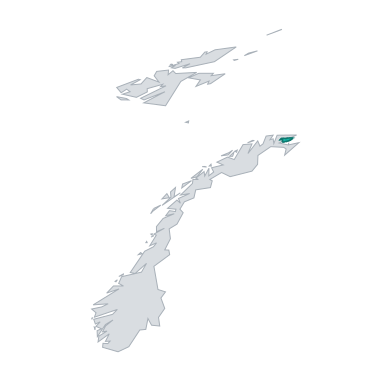 location of Vadsø nor, Finnmark, Norway, rotated 342°
{"feature_id": "86288312B60394141718177", "entity_name": "Vadsø nor", "entity_type": "district", "adm_level": 2, "iso_a3": "NOR", "parent_name": "Norway", "parent_adm1": "Finnmark", "projection": "robinson", "projection_center": [29.594, 70.269], "detail": "fine", "context": "in_parent", "style": "filled", "palette": "teal", "viewbox_px": 384, "rotation_deg": 342, "n_neighbors": 0, "source": "geoboundaries", "source_scale": "gbopen_adm2", "svg_char_len": 5196}
<svg xmlns="http://www.w3.org/2000/svg" viewBox="0 0 384 384"><g transform="rotate(342 192 192)"><path d="M226.2,182.6L212.8,185.6L214.7,187.6L210.9,193.5L196.2,191.1L192.0,198.2L181.7,199.0L175.2,204.6L177.2,209.0L167.8,217.9L158.9,220.0L157.0,229.8L148.2,238.6L152.0,240.1L151.4,244.7L132.8,250.9L129.5,274.2L135.9,278.8L129.7,283.2L130.1,294.3L121.4,300.9L119.9,309.5L112.4,306.2L111.0,298.7L105.6,308.4L99.7,307.1L84.1,319.6L72.3,321.1L59.0,312.1L60.6,308.4L65.1,310.2L68.0,308.5L63.5,307.3L69.5,301.3L56.3,305.6L58.9,300.3L68.2,298.0L63.6,297.4L68.4,292.7L77.3,289.3L68.7,291.3L57.3,300.3L58.9,294.6L63.7,294.1L59.1,290.1L64.6,287.1L59.3,287.7L59.2,282.7L78.7,283.8L84.7,280.6L60.5,280.9L63.4,277.2L60.4,272.3L70.6,273.4L77.7,272.4L63.1,268.8L92.6,261.6L79.6,261.8L88.3,257.1L97.8,260.2L94.0,256.3L98.9,250.8L119.2,252.6L126.7,245.8L112.7,251.9L108.4,249.5L128.7,233.7L138.4,232.2L142.6,229.4L135.2,230.1L144.7,222.0L142.7,220.3L154.5,218.0L146.0,218.8L147.5,213.9L156.4,208.2L168.4,207.2L159.7,206.4L164.8,202.8L170.2,205.5L171.4,203.4L163.7,200.0L175.2,195.0L177.5,199.1L177.1,194.0L189.3,192.7L180.1,191.4L195.1,184.0L196.8,180.3L201.9,182.1L200.0,180.0L209.8,176.3L209.0,180.8L215.5,174.6L213.0,181.8L218.8,179.7L218.1,175.0L230.0,175.9L224.9,171.3L236.6,169.8L242.2,174.2L255.2,162.7L263.9,164.8L257.1,172.7L270.3,163.7L270.8,169.4L274.4,168.2L279.8,161.7L286.7,163.0L282.3,166.4L285.6,166.5L284.8,171.2L290.5,164.3L309.1,170.1L290.0,172.3L298.0,177.0L308.9,178.1L291.5,185.6L294.8,180.2L293.1,177.9L280.9,173.2L266.0,177.6L262.9,186.0L255.5,190.7L233.0,189.2L226.2,182.6ZM195.7,66.4L207.4,68.8L205.5,73.1L211.4,70.8L213.1,74.3L233.4,79.7L215.5,83.4L193.5,101.8L173.6,92.3L197.3,88.3L174.8,89.6L172.1,87.0L200.1,83.0L194.6,82.1L197.5,80.5L181.3,79.9L180.4,83.0L168.4,84.8L156.1,77.5L164.1,77.5L161.6,74.0L155.3,75.7L152.7,69.3L175.9,68.2L177.4,69.2L166.6,71.2L176.9,73.5L184.4,69.2L194.6,77.3L191.9,69.8L195.7,66.4ZM222.7,62.9L241.6,66.4L247.4,62.9L249.7,63.3L248.0,65.3L257.9,63.9L278.9,67.7L253.6,75.0L224.5,72.0L221.2,71.0L229.8,69.4L214.1,69.2L210.8,67.5L215.5,66.5L208.5,65.6L219.3,65.8L218.3,64.1L222.5,64.9L222.7,62.9ZM235.0,81.2L249.0,85.7L246.2,87.3L260.1,89.8L243.1,94.7L240.2,94.3L242.4,91.8L228.4,92.8L234.6,88.0L224.1,82.4L235.0,81.2ZM173.4,191.1L180.7,189.2L159.4,195.5L170.4,190.4L171.6,185.3L177.7,182.6L173.4,191.1ZM185.5,181.5L195.1,181.1L183.5,185.0L185.5,181.5ZM195.2,178.7L209.3,173.7L201.6,179.0L195.2,178.7ZM149.7,78.0L158.5,82.8L160.3,84.9L153.0,82.5L149.7,78.0ZM167.6,185.8L168.7,190.4L161.3,189.3L167.6,185.8ZM243.5,164.8L238.0,167.9L230.8,166.6L239.3,166.0L243.5,164.8ZM244.3,167.0L241.7,170.6L238.7,169.6L244.3,167.0ZM150.8,195.8L158.3,194.8L149.9,197.8L150.8,195.8ZM327.2,65.2L311.4,65.9L327.7,65.0L327.2,65.2ZM288.7,77.4L297.9,78.0L283.9,78.5L288.7,77.4ZM260.0,162.4L265.5,161.6L267.2,162.3L260.0,162.4ZM248.0,166.1L246.7,168.0L245.4,166.4L248.0,166.1ZM218.7,171.4L218.4,173.3L216.4,172.6L218.7,171.4ZM210.8,123.4L209.9,125.2L207.5,123.7L210.8,123.4ZM277.0,80.1L272.8,79.9L272.4,79.2L277.0,80.1ZM124.4,233.7L125.6,235.4L121.6,235.0L124.4,233.7ZM209.5,171.0L212.2,171.7L213.6,172.8L209.5,171.0ZM211.6,63.9L213.3,64.8L210.6,64.4L211.6,63.9ZM101.1,249.5L96.3,249.7L101.4,248.7L101.1,249.5ZM93.9,252.4L91.9,253.9L91.2,253.2L93.9,252.4ZM148.6,198.3L145.9,199.9L149.0,197.1L148.6,198.3ZM58.1,290.8L57.1,293.2L57.3,290.1L58.1,290.8ZM140.7,220.7L139.8,219.3L141.3,219.4L140.7,220.7ZM299.2,175.1L298.6,176.7L298.4,176.4L299.2,175.1ZM141.8,221.9L139.1,222.2L142.4,221.6L141.8,221.9ZM133.6,225.0L133.7,226.3L132.5,225.9L133.6,225.0ZM58.7,280.7L57.3,282.2L57.8,281.0L58.7,280.7Z" fill="#d9dde1" stroke="#a8b0b8" stroke-width="1"/><path d="M301.3,170.6L300.6,170.5L300.1,170.4L299.5,170.3L298.9,170.3L298.3,170.3L297.7,170.2L297.1,170.2L297.6,170.0L297.8,169.9L297.0,169.8L296.8,169.7L295.9,169.2L295.6,169.1L295.1,169.0L294.7,168.9L294.4,168.8L294.2,168.7L293.9,168.6L293.6,168.7L293.3,168.7L293.2,168.8L292.9,168.9L292.7,169.0L292.4,169.4L291.9,169.4L291.8,169.5L292.0,169.5L292.3,169.6L292.5,169.7L292.9,169.7L293.0,169.7L293.3,169.7L293.5,169.7L293.7,169.8L293.8,169.8L294.0,169.8L294.2,169.7L294.2,169.8L294.3,169.8L294.4,170.0L294.4,170.3L294.4,170.5L294.2,170.7L294.2,170.8L294.1,171.0L293.9,171.2L293.8,171.3L293.7,171.3L293.5,171.5L293.5,171.8L293.5,172.0L293.8,172.3L293.7,172.5L293.9,172.7L294.0,172.6L294.4,172.7L294.5,172.7L294.8,172.8L294.8,172.7L294.8,172.8L294.8,172.7L294.8,172.8L295.0,172.8L295.3,172.9L295.6,172.9L295.8,172.8L296.0,172.8L296.3,172.9L296.5,172.9L297.0,172.9L297.1,173.0L297.2,172.9L297.4,173.0L297.6,173.0L297.8,173.0L298.2,173.1L298.4,173.1L298.5,173.1L298.4,173.2L298.5,173.2L298.8,173.1L299.0,173.2L299.1,173.3L299.3,173.3L299.5,173.3L299.8,173.3L300.0,173.3L300.2,173.2L300.3,173.2L300.5,173.2L300.8,173.2L301.1,173.1L301.3,173.1L301.5,173.1L301.8,173.2L302.1,173.2L301.9,173.1L301.7,173.1L301.6,172.9L301.8,172.9L302.0,172.8L302.3,172.8L302.5,172.8L302.5,172.7L302.8,172.6L303.0,172.6L303.3,172.6L303.6,172.5L303.6,172.4L303.8,172.4L303.8,172.2L303.7,172.2L303.6,171.9L303.8,171.8L303.9,171.7L304.0,171.7L304.4,171.7L304.5,171.7L304.2,171.5L303.1,171.2L301.3,170.6Z" fill="#14b8a6" stroke="#0f766e" stroke-width="1.5"/></g></svg>